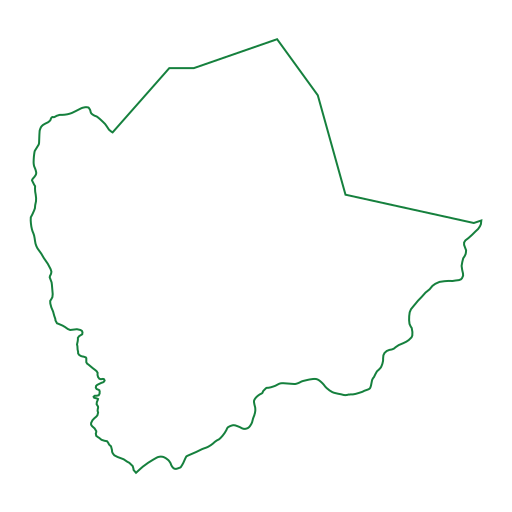 the district of Concepcion del Norte, Santa Bárbara, Honduras
{"feature_id": "27666195B83533862193287", "entity_name": "Concepcion del Norte", "entity_type": "district", "adm_level": 2, "iso_a3": "HND", "parent_name": "Honduras", "parent_adm1": "Santa Bárbara", "projection": "mercator", "projection_center": [-88.152, 15.199], "detail": "fine", "context": "isolated", "style": "outline", "palette": "green", "viewbox_px": 512, "rotation_deg": 0, "n_neighbors": 0, "source": "geoboundaries", "source_scale": "gbopen_adm2", "svg_char_len": 5917}
<svg xmlns="http://www.w3.org/2000/svg" viewBox="0 0 512 512"><path d="M481.3,220.5L473.8,223.0L345.5,194.7L317.8,95.3L277.1,39.2L193.9,68.1L169.3,68.1L112.6,132.4L111.9,132.0L110.9,131.3L109.0,129.7L106.6,126.1L105.1,124.0L103.1,122.0L100.1,119.2L98.2,117.6L97.0,116.7L96.5,116.4L94.8,115.8L94.0,115.4L92.7,114.6L91.7,113.8L91.2,113.3L90.9,112.6L90.7,112.2L90.5,111.3L90.3,110.5L90.0,109.7L89.7,109.2L88.7,107.7L88.4,107.5L87.9,107.4L86.7,107.2L85.3,107.2L83.8,107.5L82.5,107.8L81.4,108.2L75.5,111.2L72.0,112.9L70.6,113.4L69.3,113.8L67.3,114.3L64.7,114.7L61.9,114.9L59.7,114.9L59.2,115.0L58.0,115.4L56.7,115.8L55.1,116.7L54.2,117.1L53.6,117.2L52.7,117.0L52.2,117.1L51.7,117.5L51.2,118.1L50.9,118.7L50.6,119.6L50.4,120.1L50.0,120.6L49.3,121.3L48.0,122.3L47.4,122.6L45.3,123.6L44.1,124.3L42.8,125.1L42.3,125.6L41.6,126.3L41.0,127.1L40.6,128.0L40.3,128.7L40.0,129.6L39.7,130.5L39.6,131.4L39.4,134.5L39.1,142.2L39.0,143.3L38.8,144.2L38.6,144.7L34.9,150.7L34.7,151.2L34.5,152.0L34.2,154.0L33.9,156.5L33.7,159.4L33.6,162.3L33.7,163.9L34.0,165.7L34.2,166.4L35.2,168.8L35.7,170.3L36.2,172.4L36.2,173.3L36.0,174.3L35.5,175.3L34.4,176.9L32.8,178.7L32.3,179.5L32.0,180.4L34.1,184.6L35.1,186.2L35.0,188.7L35.2,191.8L35.7,194.7L36.1,198.2L36.0,201.3L35.2,205.1L34.9,208.3L34.1,210.5L32.3,214.5L30.8,217.3L30.7,220.4L30.9,223.2L31.3,226.4L31.9,229.2L32.5,231.2L33.4,233.4L34.1,235.5L34.6,238.1L35.0,240.8L35.5,243.6L36.4,246.2L37.5,248.4L41.3,253.7L43.8,258.0L47.8,263.8L50.6,269.1L51.4,271.6L51.2,273.1L50.8,274.4L50.0,275.9L49.7,277.3L51.6,282.4L51.9,284.7L52.7,294.1L52.4,297.1L51.4,299.0L50.2,300.9L50.3,303.5L51.3,307.3L53.1,311.6L54.2,315.7L55.3,318.9L55.5,320.5L57.0,323.3L58.4,323.8L62.6,325.6L65.0,327.0L67.8,329.0L70.2,330.0L76.9,329.2L80.5,330.0L81.9,330.9L82.5,332.3L82.2,334.3L79.2,336.1L77.9,337.8L77.9,339.6L77.7,341.2L77.0,344.5L77.4,346.1L77.6,349.5L78.1,351.8L78.1,353.3L78.8,354.5L79.4,355.1L81.1,356.1L82.6,356.5L83.5,356.6L85.8,357.4L86.3,358.2L86.3,362.2L87.1,363.6L88.6,364.7L92.8,368.2L95.2,370.0L96.6,371.2L97.6,372.8L97.5,374.9L98.1,377.1L99.4,378.8L100.9,379.2L102.8,378.9L103.5,379.0L104.1,379.3L104.6,380.6L103.7,381.9L102.8,382.4L101.5,382.8L99.2,383.9L97.2,384.9L96.1,385.9L95.8,387.7L96.6,389.0L98.1,389.6L99.3,390.2L99.7,391.5L99.6,392.8L99.6,393.6L98.7,395.3L96.8,395.7L94.6,395.8L93.6,396.8L94.1,397.7L95.0,398.0L96.7,398.4L97.1,398.6L98.0,399.0L97.6,400.4L96.9,401.9L96.6,404.2L98.0,406.5L98.1,407.8L97.8,408.8L97.6,410.9L98.1,412.5L97.4,415.3L96.3,416.6L94.3,418.3L92.5,420.2L91.1,423.0L91.1,424.7L92.1,426.2L94.6,428.4L96.3,431.2L96.1,432.8L95.8,433.5L96.2,435.8L97.9,437.1L99.2,437.9L101.5,439.8L104.6,440.8L107.0,441.2L108.1,442.6L108.8,444.0L109.4,444.9L111.0,446.3L112.0,450.1L112.1,451.8L112.8,453.4L114.3,455.3L117.6,457.0L121.1,458.3L123.7,459.3L127.2,461.7L129.3,462.8L132.7,466.1L133.4,468.5L133.6,470.0L136.0,472.8L140.6,468.6L142.9,466.6L145.1,465.0L148.1,462.8L153.1,459.7L155.9,458.1L157.2,457.4L157.9,457.1L158.7,456.9L159.8,456.7L160.8,456.6L161.9,456.7L162.7,456.8L163.7,457.1L165.3,457.9L166.1,458.4L167.3,459.3L168.2,460.0L168.8,460.6L169.8,462.0L170.5,463.1L171.3,465.2L172.1,466.6L173.2,467.9L174.0,468.5L174.7,468.7L175.1,468.9L175.6,468.9L176.0,468.9L176.8,468.7L177.8,468.4L179.7,467.7L180.3,467.5L180.8,467.1L181.5,466.0L182.2,464.9L183.3,462.9L185.3,458.4L186.3,456.5L186.5,456.3L188.1,455.5L196.4,451.9L201.9,449.2L203.4,448.6L206.0,447.7L207.7,447.0L209.1,446.2L210.9,445.1L212.9,443.6L214.9,441.8L215.9,441.1L216.9,440.4L218.9,439.4L219.5,438.9L220.6,437.9L221.7,436.7L222.6,435.7L224.7,432.9L226.3,430.2L227.1,428.4L227.5,427.8L227.9,427.3L228.6,426.9L229.7,426.3L231.5,425.6L233.0,425.2L233.8,425.2L234.6,425.3L235.3,425.4L237.5,426.2L238.8,426.7L240.2,427.3L241.8,428.2L242.3,428.4L242.9,428.6L243.5,428.8L244.6,428.9L245.6,428.8L247.0,428.4L248.1,427.9L249.1,427.1L249.8,426.3L250.8,424.8L251.5,423.6L252.1,422.2L253.0,418.7L253.5,417.3L254.3,415.3L254.6,414.1L254.9,413.2L255.3,410.8L255.3,409.0L255.2,407.6L254.4,404.4L254.0,402.1L254.0,401.4L254.0,400.9L254.2,400.4L254.4,399.8L254.8,399.1L255.5,398.1L256.2,397.3L256.9,396.6L258.2,395.5L259.8,394.4L261.6,393.5L262.3,393.0L262.6,392.5L263.0,391.4L263.4,390.8L265.9,388.3L266.2,388.1L266.5,387.9L267.2,387.8L268.2,387.8L269.3,387.6L270.8,387.3L273.6,386.4L275.5,385.7L276.4,385.2L278.3,384.2L279.1,383.8L280.0,383.5L280.9,383.3L282.1,383.2L283.4,383.2L291.4,383.8L294.2,384.0L295.2,384.0L296.5,383.7L298.0,383.2L299.4,382.6L301.5,381.5L303.0,381.0L307.2,380.0L309.5,379.5L313.0,379.0L314.5,378.9L316.0,379.0L317.1,379.3L318.2,379.8L319.3,380.5L320.8,381.7L322.4,383.2L323.7,384.6L325.3,386.7L326.9,388.3L328.3,389.4L329.5,390.4L330.5,391.0L332.1,392.0L332.8,392.3L333.8,392.7L335.4,393.1L337.9,393.7L341.1,394.3L343.8,395.0L344.9,395.1L345.9,395.1L347.3,394.9L348.8,394.5L349.5,394.6L350.5,394.4L352.9,394.4L354.5,394.1L355.6,393.9L359.0,392.9L361.8,392.0L362.6,391.7L364.3,390.8L368.0,389.5L369.0,389.0L369.5,388.7L369.8,388.4L370.1,388.0L370.5,387.1L371.0,385.5L372.0,380.5L372.2,379.8L372.7,378.8L373.1,378.1L373.8,377.3L374.1,376.8L375.3,374.3L376.8,371.6L377.3,371.0L378.7,369.8L380.4,368.0L381.0,367.2L381.7,365.6L382.4,363.7L383.0,361.1L383.1,360.0L383.1,358.4L383.4,355.3L384.5,353.0L386.7,351.0L389.4,349.9L391.7,349.5L393.8,348.7L395.6,347.2L398.7,345.1L403.2,343.2L406.3,341.7L408.7,340.1L411.5,337.4L412.3,335.5L412.4,332.0L411.7,328.0L410.7,326.5L409.5,323.9L409.1,320.2L409.2,316.1L409.7,312.3L411.0,309.2L413.6,306.0L418.0,300.7L421.4,297.2L425.5,292.6L429.6,289.3L432.4,285.9L435.3,283.8L439.5,281.9L444.4,281.2L448.7,280.9L452.5,281.0L455.6,280.5L459.0,280.1L461.0,279.3L462.0,278.2L463.1,275.7L463.0,273.5L462.2,270.0L461.6,265.9L462.3,261.9L463.2,258.3L464.6,256.2L465.6,254.1L465.9,252.6L466.1,250.3L464.9,247.1L464.1,244.9L464.1,242.5L465.4,240.4L468.4,238.1L472.2,234.7L475.4,231.5L478.1,229.0L480.0,226.2L480.9,224.1L481.3,220.5Z" fill="none" stroke="#15803d" stroke-width="2"/></svg>